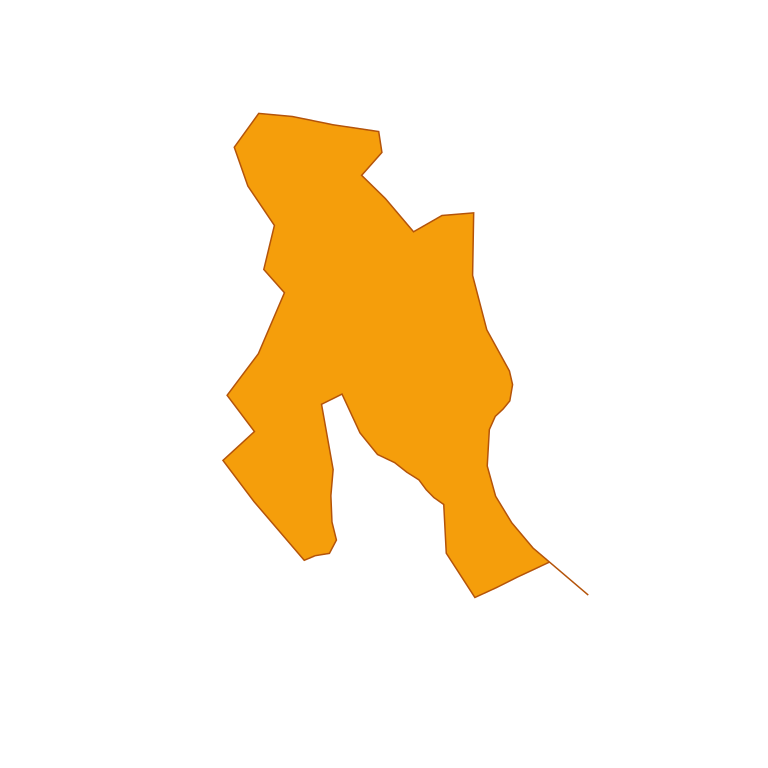 map outline of Nauksenu (Equal Earth projection), rotated 53°
{"feature_id": "LVA-5792", "entity_name": "Nauksenu", "entity_type": "Municipality", "adm_level": 1, "iso_a3": "LVA", "parent_name": "Latvia", "parent_adm1": "", "projection": "equal_earth", "projection_center": [25.495, 57.899], "detail": "fine", "context": "isolated", "style": "filled", "palette": "amber", "viewbox_px": 768, "rotation_deg": 53, "n_neighbors": 0, "source": "natural_earth", "source_scale": "10m", "svg_char_len": 853}
<svg xmlns="http://www.w3.org/2000/svg" viewBox="0 0 768 768"><g transform="rotate(53 384 384)"><path d="M475.3,302.4L475.7,304.1L476.8,314.6L483.8,327.3L511.6,350.9L540.8,362.4L571.8,365.5L604.8,363.7L675.5,347.9L625.8,359.0L618.5,393.6L614.4,416.1L609.2,439.9L556.6,436.1L516.2,408.8L504.7,412.5L493.9,413.9L481.6,413.8L468.4,418.8L453.2,422.8L436.4,431.6L408.6,432.6L366.8,423.6L362.6,446.1L421.7,476.1L441.3,493.7L462.9,508.6L480.0,515.9L486.4,529.5L479.7,542.3L476.8,553.8L399.8,558.6L348.1,558.6L344.0,516.1L298.6,516.1L284.2,466.1L251.2,408.6L220.2,411.1L191.4,376.1L144.0,373.6L104.8,361.1L92.5,321.2L115.2,296.2L146.2,268.8L179.2,236.3L197.8,246.3L203.9,276.3L236.9,271.3L280.2,268.8L284.3,236.3L301.3,209.4L350.6,247.9L402.6,269.3L449.1,276.0L461.9,281.7L473.2,293.7L475.3,302.4Z" fill="#f59e0b" stroke="#b45309" stroke-width="1.5"/></g></svg>